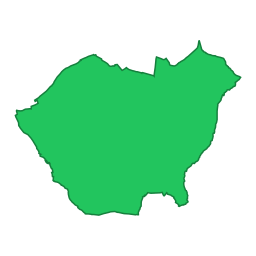 outline of Loamnes, Sibiu, Romania
{"feature_id": "2599482B40985345258725", "entity_name": "Loamnes", "entity_type": "district", "adm_level": 2, "iso_a3": "ROU", "parent_name": "Romania", "parent_adm1": "Sibiu", "projection": "albers", "projection_center": [24.042, 45.956], "detail": "fine", "context": "isolated", "style": "filled", "palette": "green", "viewbox_px": 256, "rotation_deg": 0, "n_neighbors": 0, "source": "geoboundaries", "source_scale": "gbopen_adm2", "svg_char_len": 5687}
<svg xmlns="http://www.w3.org/2000/svg" viewBox="0 0 256 256"><path d="M186.9,202.8L188.0,201.9L188.0,201.7L187.8,201.1L187.0,200.2L186.9,199.9L187.0,199.1L187.5,198.8L187.4,198.2L187.5,197.6L187.4,196.9L187.8,195.7L187.6,195.4L187.6,195.1L187.4,194.7L187.0,193.3L187.1,192.7L186.9,192.0L186.6,191.5L186.3,190.7L185.4,190.1L185.1,189.1L184.2,186.8L183.9,185.4L183.7,184.0L183.8,182.2L184.2,181.6L184.7,181.1L183.9,178.8L184.0,178.0L184.6,176.6L184.8,175.8L184.7,175.0L184.4,174.5L184.7,173.5L184.7,172.5L184.8,172.1L185.5,171.1L185.9,171.0L186.4,171.3L186.5,171.2L186.7,170.4L187.0,169.2L187.4,168.4L191.0,165.8L191.3,165.3L191.9,164.1L192.4,163.6L193.0,163.2L194.1,163.5L194.5,163.4L195.4,162.1L196.2,161.6L196.7,161.5L197.8,160.7L198.6,159.5L198.6,158.6L199.7,157.1L199.6,156.4L200.5,155.3L200.8,154.5L201.6,153.4L201.8,153.4L201.9,153.0L202.8,152.2L203.1,151.4L203.8,150.7L206.7,148.7L207.6,147.3L208.8,146.4L210.6,143.7L210.6,141.7L210.8,141.3L211.2,140.9L212.1,140.5L212.2,140.3L212.3,139.8L212.3,139.3L212.7,138.2L213.1,136.2L212.9,134.8L213.1,133.6L213.3,133.2L213.5,133.1L214.3,133.1L214.6,131.9L214.5,130.1L215.5,127.3L215.7,124.1L216.5,122.6L217.1,119.6L217.1,111.0L217.4,108.3L217.7,106.0L217.8,105.7L217.7,104.6L218.1,103.6L220.5,100.8L221.1,99.8L221.1,98.8L221.9,97.2L221.9,96.7L222.5,95.1L222.8,94.8L223.2,95.0L223.4,95.5L223.6,95.6L223.8,95.5L224.1,94.9L224.2,94.1L224.2,93.8L224.2,93.0L225.0,92.4L225.3,92.3L225.8,91.7L226.4,91.3L226.7,91.0L227.2,89.9L228.1,89.7L229.1,90.0L229.5,90.0L230.6,88.6L231.9,88.0L232.9,87.2L233.0,86.9L233.6,86.4L234.8,86.3L235.4,85.2L235.5,83.5L235.2,82.6L235.4,82.2L236.2,81.9L238.1,80.2L239.1,79.6L239.3,79.2L239.8,78.6L240.3,77.7L240.6,77.3L239.5,76.6L236.7,75.6L235.4,74.9L234.1,73.7L233.7,73.2L233.1,71.8L232.3,70.9L231.4,70.3L230.8,69.7L230.7,69.2L230.2,68.7L230.0,68.4L229.6,68.1L228.8,67.9L228.7,67.5L228.3,67.1L228.3,66.7L227.5,66.2L227.3,65.9L226.2,65.0L225.6,64.0L225.7,63.6L225.6,63.0L225.6,62.2L225.3,61.3L224.7,60.5L224.1,59.2L223.5,58.4L222.7,58.1L220.4,57.4L217.2,56.7L215.6,56.1L215.1,55.7L214.3,55.8L212.1,55.5L210.8,54.9L208.4,54.4L206.4,53.3L206.0,53.3L205.9,53.1L206.3,53.1L205.2,52.3L203.7,51.8L203.6,51.4L203.1,51.2L203.0,50.7L201.8,49.8L199.3,40.9L198.9,41.0L198.2,45.3L197.4,47.9L196.0,49.3L189.1,55.5L188.4,56.2L186.3,57.7L184.3,59.6L182.7,60.6L181.1,61.4L179.9,62.3L178.9,62.7L178.6,63.2L177.7,63.8L177.0,64.7L175.1,65.8L174.1,66.0L170.3,65.3L169.6,64.5L169.2,62.7L166.1,58.4L165.5,58.9L164.2,59.6L163.2,59.6L161.2,58.7L156.5,57.0L156.0,59.1L155.8,61.5L155.2,67.5L154.1,75.2L154.1,76.1L153.8,75.8L152.1,75.3L142.5,72.6L142.0,72.7L141.8,73.2L141.5,72.9L137.5,71.8L136.1,71.7L133.6,70.9L133.1,70.9L128.9,69.5L127.4,68.5L126.4,67.6L124.6,69.0L122.1,70.4L117.2,64.5L115.5,64.7L114.8,65.0L115.0,65.5L114.3,66.1L113.6,66.1L113.1,65.8L111.9,66.2L110.3,66.3L109.2,65.8L107.5,63.7L104.9,62.0L101.9,60.3L101.5,58.9L101.3,58.8L96.3,56.2L96.2,56.0L96.0,55.1L95.7,54.8L95.4,54.8L94.3,55.3L94.0,54.9L93.6,54.6L93.3,54.8L88.6,56.3L85.7,57.7L84.5,58.1L80.6,59.9L81.0,60.4L79.4,61.2L78.6,62.4L76.0,63.9L70.8,65.9L68.2,67.5L65.9,68.3L63.6,70.0L61.8,71.7L60.0,74.0L57.3,76.9L54.2,81.7L53.8,82.8L53.3,83.7L52.1,85.0L51.7,85.9L50.6,86.3L47.5,89.9L46.3,91.2L39.7,96.5L38.8,97.6L34.7,100.2L35.2,101.4L37.1,100.2L38.1,103.3L35.4,104.8L33.6,105.5L31.2,106.4L31.3,107.2L31.1,108.9L30.5,108.7L25.2,109.2L24.8,109.5L24.2,109.7L22.6,110.6L21.0,110.9L18.7,110.8L16.7,110.3L16.5,110.7L16.6,111.2L16.6,111.7L16.8,112.2L17.0,112.3L17.1,112.8L17.1,113.7L17.2,114.4L15.4,115.4L15.8,116.8L18.3,122.0L18.6,123.1L18.7,125.1L18.9,125.9L19.5,126.6L20.4,128.2L23.8,132.5L24.5,132.9L27.9,134.6L30.9,138.0L32.7,140.5L36.1,146.2L36.5,146.6L36.8,148.6L38.6,150.9L38.6,151.4L38.9,151.7L39.0,152.3L38.9,153.4L40.6,154.2L40.1,154.4L39.6,154.3L40.0,154.5L40.0,154.8L40.1,155.5L40.2,155.8L40.2,156.2L43.1,157.2L44.0,157.9L45.2,159.2L45.1,160.2L45.6,161.2L46.4,160.5L46.7,160.9L47.2,161.9L46.4,162.4L47.2,163.2L47.7,163.1L48.0,163.5L48.6,163.6L48.7,162.6L49.3,162.6L49.9,163.5L49.9,164.5L50.1,165.4L51.4,168.5L52.0,168.6L52.6,170.4L52.7,171.3L52.7,171.5L52.8,172.4L51.7,172.5L52.3,174.6L52.3,176.0L52.5,176.6L53.5,176.6L53.1,180.5L54.0,180.9L53.9,181.2L55.3,181.8L55.6,181.7L58.1,182.4L58.8,182.8L61.1,184.6L61.1,185.0L61.3,185.2L61.8,185.1L62.3,185.6L63.9,186.4L64.2,186.9L64.4,187.0L64.6,187.3L64.8,187.8L65.0,187.9L65.2,188.2L67.5,189.1L67.9,190.1L68.4,191.5L68.4,192.1L68.2,192.9L68.4,193.2L68.4,194.4L69.2,197.8L69.7,198.9L70.5,200.1L71.2,200.8L72.4,202.4L73.2,202.9L75.2,204.9L77.9,206.3L77.9,206.5L77.8,207.5L78.2,208.0L79.9,209.4L81.0,209.8L81.9,210.3L83.6,212.1L85.2,213.4L85.3,213.8L85.9,213.9L87.8,213.9L90.9,214.2L91.6,214.5L93.6,214.5L98.9,215.1L103.6,213.6L108.7,212.4L110.5,211.8L114.3,211.5L115.0,211.5L117.2,212.3L118.6,212.4L124.0,213.6L128.8,213.9L135.6,214.8L136.8,214.5L137.2,214.6L137.9,214.5L138.1,214.8L138.4,214.7L138.3,212.6L138.5,211.8L138.9,211.2L139.0,210.3L139.7,209.6L139.9,209.1L140.0,208.4L140.4,207.1L141.1,206.2L141.2,202.9L141.4,201.2L142.1,199.4L142.6,198.2L142.7,197.7L142.6,196.9L143.4,196.6L143.9,196.6L144.2,196.5L144.1,196.1L144.7,195.9L144.6,195.3L144.7,195.2L145.6,195.5L146.2,194.6L147.2,193.6L147.7,192.7L150.9,193.2L160.1,192.8L162.2,192.4L163.2,194.7L163.7,195.6L164.1,195.8L164.8,195.2L166.7,192.7L167.1,193.1L167.2,193.8L167.6,194.2L170.9,195.1L171.4,195.7L173.5,196.8L173.9,197.1L174.0,197.4L174.0,197.7L173.8,197.9L175.0,199.5L175.7,200.8L175.8,201.5L175.5,202.3L175.7,202.6L177.2,203.5L178.8,204.9L178.5,205.8L178.5,206.0L178.9,206.3L179.3,206.4L179.9,206.1L180.0,205.9L180.9,205.5L183.2,204.7L183.3,205.0L185.7,204.1L185.9,203.9L186.0,203.2L186.9,202.8Z" fill="#22c55e" stroke="#15803d" stroke-width="1.5"/></svg>